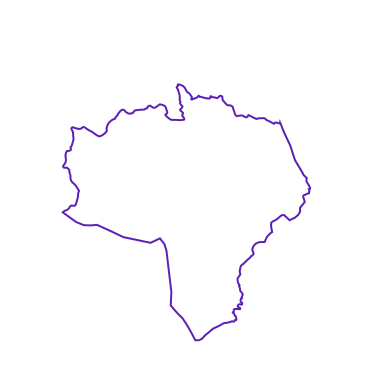 Xiengkhor, Houaphan, Laos (Equal Earth projection), rotated 320°
{"feature_id": "54806243B48324758526346", "entity_name": "Xiengkhor", "entity_type": "district", "adm_level": 2, "iso_a3": "LAO", "parent_name": "Laos", "parent_adm1": "Houaphan", "projection": "equal_earth", "projection_center": [104.199, 20.825], "detail": "fine", "context": "isolated", "style": "outline", "palette": "violet", "viewbox_px": 384, "rotation_deg": 320, "n_neighbors": 0, "source": "geoboundaries", "source_scale": "gbopen_adm2", "svg_char_len": 6029}
<svg xmlns="http://www.w3.org/2000/svg" viewBox="0 0 384 384"><g transform="rotate(320 192 192)"><path d="M99.2,307.7L101.0,309.2L102.4,310.2L105.5,310.9L109.9,310.2L113.1,310.3L120.2,310.2L126.5,311.9L132.4,313.0L133.1,313.6L133.7,314.0L134.4,314.5L135.0,314.9L135.7,315.1L136.4,315.4L137.8,316.3L138.2,316.4L138.8,316.5L139.2,316.5L139.5,316.7L139.8,317.0L140.2,317.5L140.5,318.1L141.2,318.3L141.6,318.2L142.2,317.9L142.5,317.7L142.8,317.8L143.6,318.5L143.9,318.4L144.2,318.1L145.4,316.0L145.6,315.5L145.6,315.1L145.4,314.5L145.4,313.9L145.5,313.4L145.8,312.9L146.1,312.4L146.2,311.9L146.1,311.6L145.7,310.9L145.7,310.6L146.0,310.4L146.5,310.4L147.0,310.4L147.4,310.1L148.3,309.1L148.8,308.9L149.4,309.0L151.8,311.0L152.3,311.5L152.7,312.1L153.1,312.4L153.5,312.6L153.9,312.4L154.1,312.1L154.2,311.7L154.2,311.3L154.0,311.0L153.7,310.5L153.4,310.0L153.4,309.6L153.4,309.2L153.5,308.9L153.8,308.7L154.5,308.3L155.3,308.2L155.9,308.3L156.4,308.6L156.7,308.9L157.3,309.9L157.7,310.2L157.9,310.3L158.3,310.2L158.6,310.0L159.0,309.5L159.0,309.1L159.1,308.7L158.9,308.1L158.8,307.5L158.9,307.2L159.1,306.9L159.5,306.4L160.0,305.9L160.4,305.4L160.8,305.3L161.3,305.3L161.9,305.6L162.1,305.4L162.3,304.6L162.5,304.4L163.6,303.9L164.1,303.7L164.6,303.3L165.1,303.0L165.3,302.5L165.4,302.1L165.4,300.5L165.4,299.2L165.6,298.4L165.8,298.0L166.5,297.1L166.8,296.5L167.1,295.9L167.3,295.4L167.4,294.8L167.5,294.4L167.8,294.0L168.2,293.7L168.5,293.8L169.0,290.8L171.3,287.5L174.0,286.8L176.1,286.2L177.4,283.6L179.8,281.5L182.1,280.0L186.0,280.0L188.7,279.8L190.8,279.6L194.5,279.6L195.7,279.1L197.3,279.5L199.6,278.9L200.4,276.7L201.0,275.0L203.7,273.2L206.0,272.7L207.3,272.5L209.7,273.1L211.7,273.9L215.5,277.0L220.7,274.5L225.2,274.0L227.7,274.2L229.3,271.2L231.1,268.3L233.0,266.5L234.6,266.4L237.1,267.0L239.2,267.4L245.6,267.4L247.7,268.8L248.2,272.7L248.6,276.3L254.1,277.8L258.8,277.8L262.2,276.5L264.7,273.5L269.7,272.6L272.1,272.0L273.5,268.5L274.4,266.6L275.7,266.4L277.4,267.0L278.7,267.2L280.8,268.2L281.4,267.6L281.8,267.1L282.5,266.7L282.8,266.5L283.4,265.1L283.7,265.5L284.4,265.3L284.9,265.0L285.2,264.4L285.5,263.5L285.7,262.4L285.9,261.4L286.1,260.1L286.2,259.3L286.4,258.2L286.6,257.4L287.1,256.6L287.7,256.0L288.9,255.0L288.4,250.7L289.2,247.3L291.4,233.7L297.1,219.7L301.0,204.9L303.3,198.1L304.1,195.4L303.5,195.9L302.7,195.3L302.0,194.1L301.1,192.7L300.3,192.3L299.4,192.5L298.8,192.5L298.5,192.2L298.0,190.9L296.9,188.0L295.8,185.7L295.3,184.5L295.2,182.8L294.5,181.6L293.1,180.5L291.0,178.8L289.7,178.0L288.3,177.5L287.8,176.4L286.5,173.6L285.3,170.7L285.1,170.0L284.6,169.4L284.1,169.4L283.2,169.9L282.1,169.9L281.5,169.6L280.8,168.6L280.2,166.9L279.6,165.6L278.5,164.6L277.3,163.9L276.4,163.5L275.6,163.2L275.0,162.5L274.8,161.7L274.8,160.9L275.2,159.3L276.1,157.6L276.7,155.7L277.2,154.4L277.8,153.3L277.8,152.5L277.7,151.7L277.5,151.1L277.0,150.2L276.2,149.6L275.3,148.7L274.8,147.6L274.7,146.0L274.6,143.3L274.6,141.4L274.9,140.6L275.9,139.4L276.5,138.3L276.0,136.9L275.2,136.3L272.2,136.3L271.6,136.2L271.0,135.6L270.4,134.5L269.8,133.7L269.3,133.2L268.9,132.9L268.5,132.3L268.3,131.4L268.0,130.7L267.7,130.6L266.9,131.4L266.0,131.7L265.2,131.5L263.5,129.7L261.7,127.5L260.0,124.8L259.1,123.9L258.9,123.6L259.0,123.2L259.1,122.9L258.9,122.5L258.5,122.5L257.5,122.8L256.1,122.7L254.2,122.1L253.2,121.5L252.3,121.4L251.7,121.2L251.1,120.7L251.2,120.3L252.3,119.9L252.9,119.1L253.2,116.6L253.3,114.9L252.8,113.0L252.6,111.7L253.0,109.5L253.4,107.6L253.4,105.6L253.0,104.4L252.1,102.8L251.4,101.4L250.5,100.7L250.0,100.7L249.2,101.8L247.8,101.8L247.5,102.0L247.3,102.8L247.2,104.2L246.2,106.5L245.1,109.2L243.6,111.5L242.4,112.9L241.8,113.3L241.6,113.7L241.2,115.3L240.0,116.1L239.8,116.8L239.6,117.9L239.8,119.2L239.8,119.9L239.7,120.3L238.6,120.9L237.1,121.2L236.6,121.1L236.0,121.2L235.6,121.6L235.5,122.1L235.7,123.1L235.9,125.1L235.9,125.7L235.3,126.2L234.5,126.6L233.9,126.8L233.5,127.8L233.5,129.3L233.4,130.3L233.0,131.1L232.7,131.5L231.8,131.1L230.0,130.0L228.7,129.0L226.2,126.6L224.2,124.8L223.2,124.1L222.1,122.6L221.6,120.4L221.1,118.1L221.1,116.1L221.4,115.6L222.3,115.8L223.7,115.6L224.5,114.8L225.4,112.4L226.3,110.3L226.5,109.0L226.2,107.9L225.5,106.7L224.5,105.1L223.7,104.2L222.4,104.0L220.5,104.0L218.0,103.7L216.9,103.0L216.3,102.0L215.4,98.9L214.4,98.4L213.7,98.1L212.9,98.3L211.6,99.0L210.2,98.4L209.2,98.2L208.5,98.2L206.9,97.0L205.2,95.7L203.8,94.9L201.4,93.1L200.0,92.8L198.9,93.1L197.9,93.5L197.0,93.4L196.1,92.6L195.0,92.4L193.6,90.7L193.1,89.1L192.7,88.0L192.7,86.5L192.6,85.2L192.1,84.6L191.3,84.2L190.0,83.9L188.5,84.0L187.2,84.4L186.0,84.4L184.6,85.2L182.4,85.5L181.4,85.6L180.4,86.4L179.4,86.1L178.1,85.7L176.7,85.4L174.0,85.4L172.3,85.7L170.5,86.4L167.7,88.1L166.9,88.8L166.6,89.8L165.8,90.6L164.4,90.8L162.0,91.0L160.0,90.9L158.4,90.5L156.9,89.9L156.1,88.7L155.4,86.9L154.9,85.0L154.3,82.4L153.7,80.7L153.1,79.5L152.2,76.7L151.5,74.1L151.0,72.9L150.5,72.4L149.8,72.1L147.9,72.2L146.4,71.4L145.3,70.4L143.9,68.3L142.9,66.9L142.5,65.9L141.9,65.5L141.2,65.5L140.3,65.9L140.0,66.8L139.3,69.6L138.0,71.5L137.0,72.7L136.0,74.3L134.7,75.9L132.3,77.4L130.5,78.7L128.9,79.5L127.8,79.6L127.4,80.0L127.0,80.9L126.5,81.8L125.4,81.9L124.1,81.3L122.5,80.3L121.4,80.6L119.1,82.1L118.5,82.9L117.4,84.3L116.5,85.9L114.9,87.5L113.6,88.3L111.5,88.8L110.0,89.3L109.6,89.8L109.4,90.3L109.4,90.7L110.0,91.5L111.8,93.0L112.1,94.1L112.2,95.3L112.0,96.5L111.1,97.6L110.3,99.4L109.5,101.1L108.6,102.3L108.0,103.0L107.6,103.6L107.1,104.6L106.7,105.6L106.5,107.1L107.1,111.3L107.0,112.9L106.5,116.6L106.2,118.4L105.9,118.7L104.0,119.8L101.6,122.4L95.4,126.6L94.9,126.9L94.5,127.1L93.6,127.1L93.0,126.9L91.8,125.8L91.0,124.9L90.4,124.7L89.2,124.7L87.8,125.3L86.8,125.4L85.7,125.6L84.1,125.3L82.7,124.6L81.3,124.5L79.9,124.6L84.0,140.7L87.9,148.0L93.1,152.6L98.1,156.1L105.5,171.6L110.3,182.3L127.6,204.3L133.3,205.8L137.6,206.9L137.4,214.1L134.8,220.4L111.8,255.5L102.8,265.2L102.8,271.4L103.1,278.3L103.6,282.2L102.9,289.1L101.3,298.4L99.2,307.7Z" fill="none" stroke="#5b21b6" stroke-width="2"/></g></svg>